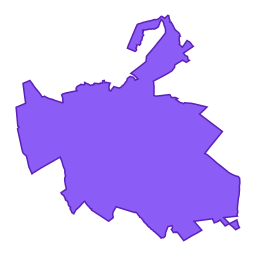 the district of Calarasi, Botosani, Romania
{"feature_id": "2599482B93043559346462", "entity_name": "Calarasi", "entity_type": "district", "adm_level": 2, "iso_a3": "ROU", "parent_name": "Romania", "parent_adm1": "Botosani", "projection": "robinson", "projection_center": [27.271, 47.62], "detail": "fine", "context": "isolated", "style": "filled", "palette": "violet", "viewbox_px": 256, "rotation_deg": 0, "n_neighbors": 0, "source": "geoboundaries", "source_scale": "gbopen_adm2", "svg_char_len": 5708}
<svg xmlns="http://www.w3.org/2000/svg" viewBox="0 0 256 256"><path d="M239.5,227.6L238.9,226.6L238.0,224.6L237.7,222.6L237.1,221.1L236.9,219.9L229.5,223.6L223.7,217.6L237.5,216.1L237.0,214.8L237.0,214.4L237.2,213.8L237.6,213.2L237.7,212.8L237.7,211.4L237.4,209.3L237.4,207.6L238.4,198.0L238.8,196.6L239.0,195.4L239.5,189.7L239.4,187.0L239.5,185.4L239.9,182.9L239.6,178.2L238.4,176.7L238.1,176.5L236.0,176.0L233.6,175.1L228.9,172.7L222.4,167.3L217.0,163.1L212.0,158.7L207.5,154.9L205.8,153.9L204.8,153.5L210.9,145.6L211.8,144.6L222.4,131.5L203.4,117.1L199.5,114.0L201.8,112.1L207.0,107.0L195.1,104.1L191.2,103.3L186.4,103.0L184.7,102.7L183.6,103.7L182.2,103.0L181.2,102.9L179.8,102.3L175.9,99.5L177.7,98.6L176.1,97.8L175.3,97.5L172.0,97.5L171.4,97.3L171.0,97.0L170.2,95.0L169.5,94.6L156.9,96.1L155.8,96.1L154.9,95.9L154.1,95.6L153.8,95.3L154.0,93.0L154.0,86.5L153.4,81.1L163.5,75.8L168.3,73.1L172.2,70.6L173.4,68.8L174.6,67.4L174.7,65.9L175.0,64.9L175.3,64.6L182.1,60.5L182.5,60.2L186.3,62.3L189.4,60.4L188.5,59.8L187.9,59.1L187.7,58.0L187.8,57.2L187.1,56.2L185.8,55.8L185.2,55.4L184.5,54.6L183.5,53.1L193.3,46.4L192.2,45.3L190.8,43.3L189.9,42.2L187.0,40.5L184.0,45.0L182.3,47.2L179.3,44.3L179.7,43.1L179.7,42.7L179.1,39.2L179.4,36.3L180.3,36.1L179.9,35.5L179.7,34.1L178.5,32.5L176.0,30.5L174.2,28.3L173.7,26.7L171.1,22.1L170.4,22.3L170.1,22.3L169.9,22.1L169.7,21.4L170.0,20.3L169.1,18.4L169.2,18.0L168.7,15.6L167.7,15.4L167.1,16.1L164.6,18.3L163.6,17.4L161.6,16.3L161.4,16.3L160.9,16.6L159.5,18.0L157.6,19.4L155.7,19.7L154.2,19.5L152.6,20.2L148.9,21.1L147.5,21.3L145.7,21.9L143.9,22.2L140.8,23.3L138.2,24.0L137.4,24.4L136.9,25.1L128.1,46.0L127.4,48.2L135.1,51.4L135.3,51.2L136.2,50.6L136.6,49.4L136.2,48.5L135.8,48.0L136.0,47.7L136.5,47.2L136.7,46.9L136.8,46.3L136.5,45.2L136.8,45.0L138.4,44.6L139.6,45.2L140.7,43.7L140.6,42.2L140.7,41.3L141.8,40.0L142.4,37.4L142.3,36.7L143.4,35.6L143.7,35.0L142.6,33.4L142.5,33.1L142.6,32.6L143.2,32.2L143.4,31.8L143.4,31.3L143.3,31.0L143.1,30.8L142.6,30.7L143.0,29.9L144.0,29.9L144.7,30.1L145.2,29.9L147.7,29.6L148.8,29.2L149.9,29.1L151.6,29.1L152.9,28.8L153.6,28.8L153.8,29.1L154.1,28.9L154.9,28.9L155.0,28.9L155.3,28.5L156.6,28.1L158.2,26.9L158.6,26.4L158.7,25.4L159.6,23.8L159.8,22.3L160.4,21.5L161.1,19.6L161.6,20.0L163.3,21.8L163.4,22.6L163.8,23.7L164.2,25.6L164.8,26.8L165.5,29.3L165.5,32.8L164.5,34.3L160.6,39.3L157.9,42.5L154.4,47.0L146.7,56.0L146.4,56.7L146.4,57.1L146.1,61.3L144.9,62.5L140.6,65.9L130.8,73.4L134.5,75.5L138.0,79.0L135.1,80.2L135.1,79.8L134.5,78.7L133.2,77.2L131.6,76.8L130.8,76.9L130.1,76.4L127.3,78.5L126.8,80.8L125.1,82.7L124.8,83.4L124.0,84.5L122.3,85.8L121.3,86.9L120.4,87.5L119.1,88.1L113.8,86.6L112.8,88.0L111.1,90.2L110.7,91.0L109.3,90.4L109.2,89.0L108.9,88.0L109.1,85.9L109.6,84.9L109.3,84.5L110.2,83.2L106.6,82.4L105.3,82.8L104.6,81.7L104.4,80.8L104.2,80.4L103.0,80.7L103.0,81.1L102.5,81.2L102.6,83.1L100.3,83.1L100.2,83.5L99.7,83.4L99.2,83.8L94.6,83.2L94.1,83.4L93.9,83.7L94.1,84.6L91.5,85.0L90.4,85.4L89.8,85.2L88.7,84.2L87.2,83.7L86.7,83.4L85.7,83.2L84.9,82.4L84.6,82.4L84.7,84.0L84.6,84.5L84.2,84.5L83.7,84.8L80.8,84.3L79.9,85.1L78.6,85.6L77.2,86.4L76.2,87.9L76.0,88.8L76.1,89.3L77.0,90.7L65.9,93.0L62.8,93.9L61.7,94.9L62.2,96.7L62.8,98.1L62.8,98.6L62.7,100.7L63.2,102.5L62.1,102.7L55.1,100.5L53.5,99.8L52.2,99.3L49.1,98.6L47.4,97.7L45.9,97.2L44.7,96.2L42.0,97.0L40.7,94.7L38.5,91.8L34.2,86.6L32.3,83.6L29.9,80.5L23.0,83.4L25.6,103.3L16.1,107.3L17.8,126.1L19.0,127.2L17.5,128.8L22.3,150.8L23.3,153.3L26.5,156.2L28.9,167.0L32.0,173.9L32.8,173.0L34.2,172.3L40.3,168.4L60.1,157.1L60.8,158.9L61.7,160.8L63.4,166.7L64.8,169.9L64.8,172.1L65.1,174.0L65.3,175.3L65.7,175.9L65.1,177.1L64.7,178.2L64.7,179.4L64.8,180.9L65.3,184.4L66.4,189.0L61.0,192.7L61.4,193.7L62.4,194.6L62.8,194.8L63.1,195.2L63.6,195.5L64.0,195.9L64.3,196.9L64.7,197.4L64.8,197.9L65.4,198.6L65.5,199.0L65.3,199.7L66.0,200.4L66.8,200.6L67.4,201.3L67.4,201.7L67.9,202.3L68.3,203.0L68.2,203.7L68.3,204.3L68.3,204.7L68.8,205.6L68.9,205.9L69.9,206.5L70.0,207.1L70.5,207.3L70.6,207.5L70.5,208.1L70.2,208.4L70.3,209.4L71.0,210.2L71.5,211.8L71.8,212.1L71.9,212.5L72.2,212.4L73.0,213.1L73.2,213.7L73.8,213.8L76.1,209.5L76.5,209.4L77.5,208.6L80.0,206.1L82.0,203.8L84.1,201.7L84.5,201.3L84.9,201.5L85.8,202.8L85.8,203.2L86.7,204.3L87.7,205.7L88.4,206.0L88.9,206.6L89.0,206.9L89.0,207.0L89.4,207.3L89.9,208.1L90.3,208.4L91.5,208.8L91.1,209.3L91.6,210.1L95.4,212.5L96.5,213.3L100.3,215.7L108.5,221.1L108.8,221.2L110.4,219.8L112.7,218.2L113.2,217.5L113.2,217.2L112.8,215.2L112.8,213.4L113.0,212.5L113.8,210.7L115.1,208.6L115.9,207.1L116.2,206.8L133.9,212.3L135.2,212.5L135.9,212.1L136.2,212.7L137.0,213.2L137.2,213.5L137.5,213.7L137.7,214.1L138.1,214.4L138.2,214.6L138.2,215.0L138.5,215.4L139.3,216.1L139.4,216.5L139.8,217.3L140.2,217.3L140.6,217.6L141.5,218.1L142.1,219.0L142.2,219.4L142.6,219.8L143.1,220.5L143.7,221.0L143.8,221.7L143.9,221.9L144.4,222.2L144.6,222.6L145.6,223.3L146.4,224.4L147.0,224.5L147.0,225.0L147.8,226.1L148.6,226.3L148.7,226.8L149.1,227.3L149.4,227.3L150.3,228.0L150.8,228.9L153.1,230.3L153.4,231.0L154.8,231.8L155.1,232.1L155.2,232.5L155.9,232.9L156.1,233.2L156.4,233.3L157.1,234.1L157.4,234.1L157.6,234.6L158.4,235.0L159.0,235.9L159.6,236.4L160.1,236.6L160.4,237.5L161.1,238.1L161.7,237.4L162.6,237.7L163.6,237.7L164.5,236.9L165.3,235.9L165.5,233.0L167.9,226.7L171.8,225.7L172.6,227.4L172.2,228.7L171.3,229.3L173.4,232.6L175.5,232.0L176.0,232.6L177.0,232.0L178.5,233.6L183.7,240.6L186.4,239.1L188.1,238.0L192.5,235.4L197.3,232.9L201.8,230.2L194.1,221.3L212.5,218.8L212.6,219.5L213.7,221.5L214.2,222.9L218.3,221.3L220.1,220.0L225.2,226.0L228.9,223.8L232.5,226.6L234.5,228.5L235.6,229.7L239.5,227.6Z" fill="#8b5cf6" stroke="#5b21b6" stroke-width="1.5"/></svg>